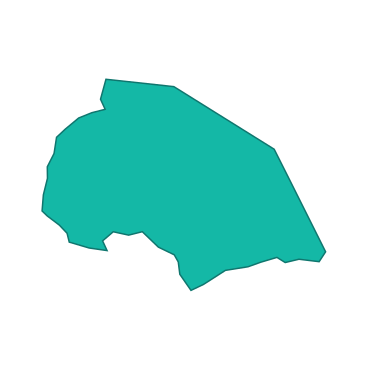 Venha-Ver, Rio Grande do Norte, Brazil (Robinson projection), rotated 20°
{"feature_id": "56859067B44091941212152", "entity_name": "Venha-Ver", "entity_type": "district", "adm_level": 2, "iso_a3": "BRA", "parent_name": "Brazil", "parent_adm1": "Rio Grande do Norte", "projection": "robinson", "projection_center": [-38.535, -6.321], "detail": "fine", "context": "isolated", "style": "filled", "palette": "teal", "viewbox_px": 384, "rotation_deg": 20, "n_neighbors": 0, "source": "geoboundaries", "source_scale": "gbopen_adm2", "svg_char_len": 632}
<svg xmlns="http://www.w3.org/2000/svg" viewBox="0 0 384 384"><g transform="rotate(20 192 192)"><path d="M93.8,281.1L114.5,279.8L132.2,276.1L124.7,268.5L131.6,256.3L147.2,254.2L158.9,246.3L179.2,255.3L196.8,257.1L203.0,262.4L208.7,273.5L224.7,284.8L234.5,274.8L250.2,254.2L270.2,243.1L280.7,234.4L294.2,224.4L303.7,226.4L315.5,218.6L335.3,214.0L338.0,202.5L280.4,148.0L254.6,123.7L138.9,99.2L72.6,115.5L74.3,136.1L82.1,144.0L70.8,151.7L60.2,161.2L51.5,176.1L46.0,186.9L49.2,203.0L47.4,217.8L51.5,228.6L53.3,245.5L57.6,261.1L64.1,264.0L78.7,268.5L88.7,273.5L93.8,281.1Z" fill="#14b8a6" stroke="#0f766e" stroke-width="1.5"/></g></svg>